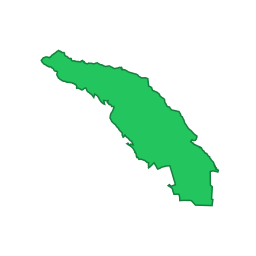 the district of Cricau, Alba, Romania, rotated 15°
{"feature_id": "2599482B70766951502977", "entity_name": "Cricau", "entity_type": "district", "adm_level": 2, "iso_a3": "ROU", "parent_name": "Romania", "parent_adm1": "Alba", "projection": "natural_earth1", "projection_center": [23.516, 46.19], "detail": "fine", "context": "isolated", "style": "filled", "palette": "green", "viewbox_px": 256, "rotation_deg": 15, "n_neighbors": 0, "source": "geoboundaries", "source_scale": "gbopen_adm2", "svg_char_len": 5677}
<svg xmlns="http://www.w3.org/2000/svg" viewBox="0 0 256 256"><g transform="rotate(15 128 128)"><path d="M46.2,71.8L44.6,72.2L43.8,71.9L43.8,71.7L42.9,71.4L42.7,71.6L42.2,71.4L41.8,71.5L41.0,71.0L39.4,72.6L39.2,73.1L38.0,74.6L37.9,74.9L37.1,75.6L37.1,75.9L36.5,76.4L36.5,76.7L35.8,77.2L35.7,77.6L35.2,78.4L35.1,78.9L35.0,79.2L34.4,79.5L34.2,79.8L34.2,80.2L34.0,80.4L33.7,80.5L32.4,80.3L31.0,80.4L30.3,80.6L28.3,82.0L27.9,82.4L27.4,83.8L27.0,84.3L26.7,85.1L27.6,86.0L27.9,86.5L28.9,87.0L29.7,87.7L31.0,88.2L31.8,88.2L33.6,88.9L34.8,89.1L36.0,89.4L36.3,89.4L37.5,88.8L38.6,89.5L39.2,89.7L40.0,89.8L40.3,89.9L41.7,91.4L42.2,91.7L42.6,91.9L44.5,91.7L45.0,91.8L45.2,92.0L45.4,92.7L45.3,94.1L45.4,94.7L46.0,95.7L46.5,96.1L46.7,96.5L47.3,96.9L48.0,97.8L48.6,97.9L50.3,98.8L51.1,98.8L51.9,99.3L53.9,99.5L55.4,99.2L56.5,99.6L57.0,99.6L57.8,99.6L59.0,99.2L61.0,99.0L61.3,98.8L62.6,98.9L62.9,99.1L63.3,99.0L63.7,99.1L64.0,99.0L64.3,99.2L64.6,99.2L64.8,99.4L65.4,99.3L65.6,99.6L66.8,99.9L67.0,100.2L67.7,100.9L67.8,101.9L68.1,102.9L69.3,102.4L71.2,102.6L73.3,103.2L74.2,102.9L75.8,100.8L77.0,100.3L77.3,100.6L78.7,102.6L79.0,102.8L79.5,103.2L80.1,103.5L81.8,104.0L82.6,104.6L84.0,104.9L87.0,107.3L87.1,103.9L90.1,104.8L92.3,106.8L92.8,107.6L95.5,109.9L98.1,111.0L99.3,111.1L97.4,107.7L99.0,107.4L100.5,107.4L101.0,107.1L101.2,106.8L101.6,106.6L101.8,107.0L101.6,108.1L101.4,108.6L101.6,109.0L102.4,109.0L102.7,109.1L102.9,109.4L103.2,109.8L103.7,110.2L104.0,110.3L104.4,109.9L105.1,109.9L105.4,110.1L106.4,111.1L106.6,111.5L108.6,110.9L109.0,111.5L109.1,112.0L108.9,113.5L108.8,115.1L108.3,117.0L107.9,117.9L107.8,118.5L107.7,120.7L107.9,121.2L108.0,122.6L108.1,123.1L108.5,123.5L108.8,123.8L109.9,124.9L110.2,125.5L110.8,126.0L113.7,127.6L115.1,128.0L116.2,129.2L117.8,130.3L119.0,130.8L119.4,131.5L120.0,132.1L123.0,133.9L123.6,134.4L123.9,134.8L124.1,136.1L124.2,136.3L124.6,136.7L124.9,136.8L125.3,137.5L125.4,137.9L125.7,138.2L126.1,137.8L126.7,136.5L126.9,135.6L127.2,135.7L127.9,136.5L129.5,137.4L130.4,137.6L131.2,138.0L131.9,138.7L133.4,139.6L134.3,139.8L134.8,139.7L135.1,139.9L135.4,140.6L137.1,142.5L137.4,143.0L136.4,143.0L134.9,142.9L134.9,143.4L134.4,143.6L133.6,143.7L133.0,143.5L132.1,142.7L131.9,142.7L131.9,142.9L131.7,143.2L131.2,143.5L132.8,144.2L133.9,144.4L136.3,145.3L137.7,146.1L138.8,146.9L139.9,148.2L141.1,149.2L141.0,149.3L141.0,149.9L142.0,150.4L142.7,151.2L143.2,152.6L143.5,152.9L143.6,153.5L144.1,154.1L144.3,154.2L144.7,153.7L145.8,154.5L146.4,155.3L146.7,155.5L147.9,155.1L148.2,154.8L149.5,154.7L150.0,154.9L152.5,155.0L153.6,155.5L154.4,155.7L154.9,156.2L156.8,156.2L156.9,156.6L156.9,157.3L157.5,158.9L157.8,159.6L157.9,160.2L157.9,160.7L158.2,161.2L159.2,160.0L160.7,157.5L162.1,154.9L165.2,157.8L166.8,159.6L167.3,160.0L167.9,159.6L169.3,158.6L170.2,157.6L171.2,156.8L172.4,156.2L175.3,154.6L178.2,153.7L182.1,159.9L186.3,166.9L187.2,168.2L188.4,170.5L184.8,173.1L182.6,172.0L181.7,173.3L184.6,174.2L185.9,174.8L186.3,175.1L187.0,175.8L187.6,177.2L188.8,178.9L189.5,180.1L194.2,178.8L195.5,180.8L195.8,181.4L196.8,184.7L200.9,183.4L207.2,181.8L208.2,181.9L208.9,182.3L211.7,184.1L212.5,184.7L213.2,185.0L229.3,181.2L228.5,175.1L227.1,175.0L224.6,162.9L222.4,161.9L218.7,148.8L221.1,147.4L226.2,147.2L226.2,145.5L225.6,145.3L225.2,145.3L225.1,145.1L225.1,144.9L224.0,145.2L223.8,145.2L223.9,144.9L223.6,144.8L223.7,143.9L223.6,143.7L223.2,143.5L223.0,143.9L222.5,143.3L222.3,142.7L221.9,143.0L221.8,142.9L221.7,142.2L221.1,141.8L221.3,141.5L221.1,141.1L220.7,140.9L219.9,139.6L219.0,138.7L216.9,137.5L215.8,136.4L214.7,135.7L214.3,135.0L214.2,134.6L213.2,134.5L212.5,134.0L212.3,133.9L211.6,133.2L210.7,132.3L210.1,132.3L209.6,132.1L209.3,132.4L208.3,131.8L207.7,131.1L207.2,130.8L207.1,130.5L206.6,130.4L206.3,130.4L205.8,130.2L205.6,129.9L205.3,129.6L205.0,129.2L204.1,128.5L204.0,128.1L203.2,128.0L202.6,128.2L202.4,127.8L202.0,128.2L201.8,127.7L201.5,127.5L200.4,127.5L197.4,126.9L197.2,127.0L196.9,126.7L196.1,126.7L195.3,126.2L195.0,126.3L194.9,126.2L194.9,125.9L194.5,126.0L194.0,125.6L193.5,125.4L192.8,125.3L192.8,125.0L192.1,124.9L192.4,123.8L192.9,122.7L193.7,123.1L194.5,123.2L196.2,122.5L196.7,121.3L196.9,119.5L196.9,118.7L196.4,118.2L196.5,117.9L193.6,116.8L189.5,114.2L188.9,113.9L188.3,113.8L186.3,112.7L184.4,111.0L182.7,109.4L181.7,108.7L181.2,108.1L180.4,106.7L179.9,105.8L178.9,104.9L177.6,103.2L175.7,102.5L175.2,101.0L173.6,99.6L173.0,98.9L171.2,99.1L169.7,99.0L165.5,99.3L165.2,99.2L163.8,98.2L162.7,97.0L161.2,97.1L159.9,96.8L158.4,94.9L157.2,93.9L156.7,93.1L156.0,91.2L155.1,90.4L152.4,89.6L150.4,88.6L149.5,87.2L146.4,85.8L146.1,85.9L145.7,85.9L143.5,85.4L142.6,85.5L142.2,85.4L141.7,85.1L141.4,84.7L141.4,84.4L140.8,83.7L140.3,82.7L137.1,82.1L134.8,76.3L134.3,75.2L132.7,75.0L131.8,75.0L129.2,75.8L128.9,76.0L127.4,75.9L125.0,75.3L123.7,74.3L122.4,73.9L114.1,73.8L112.0,73.1L109.7,72.6L108.2,72.9L107.2,73.3L106.3,72.6L106.0,72.2L106.5,71.9L106.1,71.7L106.3,71.4L106.1,71.1L105.8,71.3L103.9,71.7L102.6,72.7L100.2,73.8L99.2,74.1L98.7,74.1L97.2,73.5L95.5,73.3L94.7,73.0L93.9,72.9L93.5,73.0L91.7,73.8L90.5,74.4L88.6,74.3L88.5,74.2L86.8,73.8L85.8,73.8L85.1,74.0L82.4,73.4L81.7,73.0L80.2,73.6L79.0,74.6L78.5,74.8L77.9,74.9L76.8,75.0L76.0,74.9L74.1,75.5L73.3,75.4L73.0,75.8L72.0,76.6L69.9,76.5L68.6,76.1L68.9,75.6L68.7,75.4L68.2,75.2L67.7,75.2L66.6,74.6L66.4,75.1L65.8,75.1L65.2,75.9L65.2,76.2L64.7,76.5L63.9,76.7L62.9,76.7L62.5,76.6L62.2,76.9L59.9,77.2L59.4,76.9L56.9,77.6L56.2,77.4L55.8,77.2L55.5,76.7L55.6,76.3L55.5,76.0L55.2,75.7L54.8,75.5L54.1,76.0L53.7,76.1L52.2,75.8L51.7,75.3L50.4,74.7L49.0,74.7L48.6,74.4L48.3,74.3L47.8,73.6L47.2,72.0L46.2,71.9L46.2,71.8Z" fill="#22c55e" stroke="#15803d" stroke-width="1.5"/></g></svg>